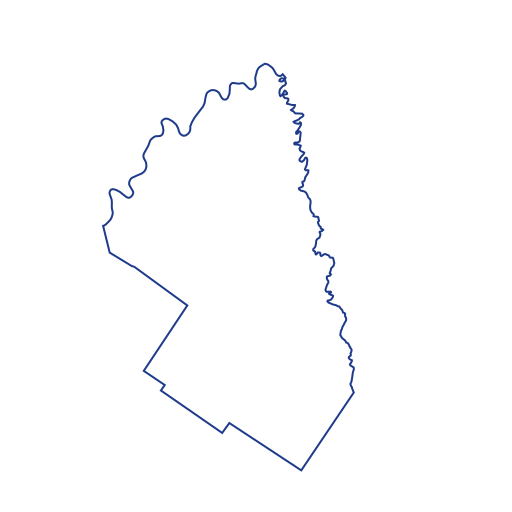 Laishi, Formosa, Argentina, rotated 214°
{"feature_id": "61730980B73783012017414", "entity_name": "Laishi", "entity_type": "district", "adm_level": 2, "iso_a3": "ARG", "parent_name": "Argentina", "parent_adm1": "Formosa", "projection": "robinson", "projection_center": [-58.523, -26.515], "detail": "fine", "context": "isolated", "style": "outline", "palette": "blue", "viewbox_px": 512, "rotation_deg": 214, "n_neighbors": 0, "source": "geoboundaries", "source_scale": "gbopen_adm2", "svg_char_len": 6160}
<svg xmlns="http://www.w3.org/2000/svg" viewBox="0 0 512 512"><g transform="rotate(214 256 256)"><path d="M333.6,421.1L335.5,421.6L335.6,420.9L335.9,419.8L336.6,418.8L337.4,418.3L338.3,417.9L340.9,418.0L345.8,420.5L348.0,421.2L350.8,421.4L352.9,421.4L354.3,421.1L356.1,420.4L357.0,418.7L358.8,414.5L359.0,412.5L358.6,409.6L358.0,408.3L356.9,404.8L355.8,402.5L352.7,399.0L352.2,398.3L351.5,396.1L351.6,395.0L351.8,393.8L352.3,392.5L352.9,391.6L353.8,391.2L355.0,390.9L357.7,391.3L360.2,391.9L362.3,392.2L363.3,392.0L364.4,391.4L366.4,389.4L368.4,388.3L371.9,386.6L372.5,386.0L372.7,385.3L372.9,384.5L372.9,383.6L372.8,382.7L372.5,382.0L371.0,379.7L368.7,375.6L367.8,370.9L368.2,369.4L368.8,368.5L369.7,368.0L371.2,367.6L372.3,367.8L374.0,368.5L377.7,370.5L380.1,370.8L382.1,370.6L384.3,369.6L385.8,368.4L386.7,367.1L387.5,365.1L387.8,363.8L387.6,362.5L387.2,361.2L386.4,359.0L384.3,354.4L383.8,352.2L383.5,350.3L384.2,338.9L384.3,336.0L383.9,330.9L383.0,326.8L381.4,324.4L380.7,323.0L380.5,321.5L380.6,319.4L381.0,318.2L381.9,316.4L382.9,315.5L383.9,314.9L386.0,314.8L387.7,315.1L389.6,316.3L392.1,318.4L395.7,320.3L399.8,320.9L402.0,320.9L405.0,320.6L406.8,320.0L408.3,318.8L408.8,317.9L409.2,316.9L409.5,315.5L409.4,314.8L409.1,313.9L408.4,313.1L407.2,312.4L405.6,311.2L403.0,308.4L401.8,305.7L401.7,303.8L402.3,302.3L403.4,301.2L406.2,299.1L407.2,297.5L408.1,294.5L408.3,293.5L408.2,292.3L406.9,286.9L406.3,279.0L405.9,277.2L405.5,276.2L404.7,275.3L403.6,274.3L400.9,272.9L399.0,271.6L396.8,268.8L395.9,265.9L395.9,263.7L396.3,262.0L396.9,260.4L399.8,256.0L402.5,251.5L402.9,250.3L402.9,248.4L402.6,247.1L402.1,245.7L401.0,244.2L393.8,240.6L392.9,239.3L392.6,238.2L392.5,236.9L392.8,235.1L393.3,233.8L394.5,232.8L396.4,232.4L404.7,233.0L407.9,232.7L410.4,232.1L412.2,231.3L413.2,230.1L413.4,229.4L413.3,228.1L413.0,227.0L412.7,226.4L412.2,225.7L407.2,222.0L405.3,219.6L403.5,216.8L402.2,215.0L399.5,212.4L398.5,211.1L397.7,208.8L397.2,206.9L397.0,204.8L397.3,202.6L398.2,198.0L399.1,196.1L399.6,195.5L379.2,177.0L353.2,178.2L351.0,179.0L285.3,176.6L284.8,98.0L259.5,98.0L259.6,91.3L185.1,90.4L184.7,102.6L98.6,103.6L98.6,197.5L102.3,200.0L103.1,200.8L104.8,201.6L105.9,202.4L106.2,202.8L106.3,203.1L106.4,204.4L106.6,205.1L107.2,206.6L108.4,209.2L110.0,212.4L110.6,213.7L111.6,217.0L112.7,218.2L116.6,218.1L117.6,218.7L117.5,220.7L117.8,222.6L118.2,223.2L120.1,222.9L120.8,222.9L121.9,223.3L122.4,223.8L122.5,224.5L121.8,226.3L122.0,227.0L123.2,228.2L123.5,230.2L124.4,231.8L125.2,232.2L126.4,232.5L127.0,233.2L127.8,233.3L129.3,234.3L130.4,234.9L131.5,235.1L132.9,234.7L134.8,235.8L137.8,236.0L139.5,236.3L140.4,237.0L141.9,237.6L142.6,238.9L143.7,241.4L143.9,243.1L144.8,246.4L144.8,248.2L145.1,249.5L145.2,251.7L145.4,253.3L146.1,254.3L146.9,255.1L148.3,255.8L149.3,257.0L149.9,258.1L150.9,258.2L152.1,257.8L152.7,258.1L153.7,258.9L154.6,259.5L156.1,259.7L158.7,260.7L160.3,260.0L161.2,260.1L162.2,259.9L165.3,258.8L168.0,258.3L169.2,258.0L170.3,258.0L171.0,258.2L171.5,258.4L171.6,258.8L171.5,259.4L170.9,259.7L170.3,260.6L169.7,261.4L169.4,262.1L169.3,263.5L169.5,265.4L169.9,266.1L170.6,266.2L172.0,265.7L173.9,265.4L174.4,265.6L174.3,266.0L173.4,267.7L173.9,268.2L174.4,268.1L175.9,267.0L177.3,265.9L178.2,265.9L179.0,266.3L179.6,267.1L181.0,271.8L181.1,274.2L181.8,275.4L182.5,275.9L183.4,276.1L184.5,276.8L185.7,278.5L185.1,279.6L183.6,281.1L183.6,282.7L185.3,283.0L185.8,285.1L186.8,287.9L186.2,291.1L187.2,294.0L188.7,295.3L190.0,296.7L191.4,297.5L192.8,296.6L193.7,296.2L194.6,296.4L195.5,297.0L196.2,297.1L199.6,296.4L200.6,295.4L201.1,294.1L201.5,292.8L202.4,292.4L203.0,292.7L204.2,294.2L204.8,294.5L205.5,294.2L206.7,293.5L206.8,291.1L207.2,290.8L207.9,291.0L209.4,292.7L211.2,292.5L211.8,292.8L212.4,293.8L212.0,296.1L212.1,297.1L213.3,300.0L214.5,302.2L214.8,303.5L214.6,304.7L213.9,306.0L213.8,306.6L213.8,307.6L214.2,308.7L214.8,310.2L216.1,310.9L216.7,311.4L216.6,312.0L215.9,312.6L215.4,313.4L214.9,315.2L216.0,315.4L216.9,315.0L217.7,315.0L218.8,316.4L220.1,316.3L220.7,316.5L223.1,318.1L223.6,318.8L223.4,319.8L223.5,320.6L224.2,321.1L224.6,321.3L225.0,321.7L225.2,322.2L225.7,322.7L226.2,323.0L227.3,322.7L229.0,321.7L230.6,321.2L231.1,322.4L232.1,323.1L233.6,323.1L236.1,324.3L237.2,325.2L238.3,326.6L239.1,327.8L240.5,330.6L241.5,332.1L242.9,333.2L244.8,333.6L246.1,334.2L247.4,335.2L249.7,336.4L251.1,336.6L252.4,336.4L253.6,336.0L255.3,335.3L257.5,335.4L258.3,336.0L257.6,337.5L256.3,339.5L256.3,340.3L256.6,341.1L257.2,341.8L258.4,342.4L259.0,343.5L258.1,344.5L258.0,345.5L258.7,347.7L259.2,348.8L259.2,352.3L259.5,354.6L260.5,356.3L261.6,355.7L262.7,354.9L263.9,355.2L265.0,360.3L267.2,364.4L268.2,365.2L268.9,365.7L269.7,365.4L270.1,364.8L269.8,362.6L270.4,360.0L271.2,359.5L273.3,359.5L274.0,360.5L274.1,363.1L273.6,366.2L273.5,367.7L273.8,368.6L274.9,368.6L276.3,368.2L277.1,368.1L278.5,368.2L280.0,369.4L280.1,370.6L280.4,372.1L280.6,372.5L283.5,371.8L286.2,370.2L287.0,370.3L287.4,371.1L287.1,371.9L285.6,372.9L284.3,374.1L284.0,375.7L284.7,377.3L285.6,378.7L286.3,380.2L286.8,381.1L287.9,383.2L289.1,383.7L290.0,383.4L290.2,382.2L290.0,381.2L290.1,380.5L290.9,379.9L291.9,380.8L292.0,382.0L291.7,382.8L291.8,385.6L291.8,387.8L292.1,388.9L292.0,389.5L292.6,390.9L293.5,391.5L294.2,391.5L294.2,390.8L294.4,389.8L294.9,389.2L297.3,388.2L298.4,388.0L299.8,388.2L299.3,389.5L298.1,391.0L296.9,393.2L296.5,395.3L295.6,397.0L295.2,398.7L295.7,399.5L297.4,399.8L303.2,396.2L305.0,396.6L305.9,396.9L307.8,396.5L308.6,396.6L308.1,397.9L307.4,399.9L307.6,401.8L308.1,402.9L310.7,401.3L315.5,399.6L316.0,400.3L316.1,401.9L316.3,403.1L316.9,404.2L317.7,404.4L319.1,403.8L320.2,403.1L321.7,403.3L322.8,404.0L323.3,405.0L322.9,405.7L321.9,406.4L321.2,407.3L320.9,407.8L321.4,408.5L323.8,409.3L324.6,409.2L324.8,408.0L324.5,406.4L324.6,403.4L325.1,402.2L326.2,402.6L327.1,403.7L328.1,404.6L328.7,406.0L329.3,407.7L328.9,411.5L327.6,413.6L327.5,415.1L327.8,416.1L328.9,416.7L329.5,417.5L330.5,417.8L331.1,417.2L331.7,415.6L332.3,415.0L333.2,414.5L334.5,414.2L334.9,415.0L334.9,415.9L334.6,417.0L334.2,417.6L333.3,418.1L331.7,418.7L330.9,419.3L331.0,420.2L332.2,420.7L333.6,421.1Z" fill="none" stroke="#1e3a8a" stroke-width="2"/></g></svg>